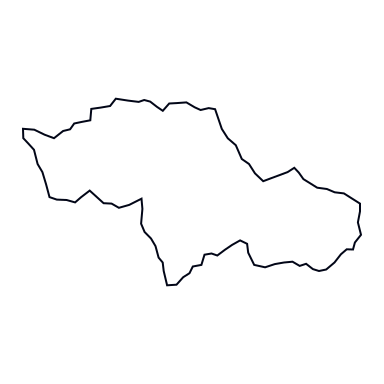 the district of Nova Luzitânia, São Paulo, Brazil
{"feature_id": "56859067B29244160161724", "entity_name": "Nova Luzitânia", "entity_type": "district", "adm_level": 2, "iso_a3": "BRA", "parent_name": "Brazil", "parent_adm1": "São Paulo", "projection": "equal_earth", "projection_center": [-50.251, -20.87], "detail": "fine", "context": "isolated", "style": "outline", "palette": "ink", "viewbox_px": 384, "rotation_deg": 0, "n_neighbors": 0, "source": "geoboundaries", "source_scale": "gbopen_adm2", "svg_char_len": 1315}
<svg xmlns="http://www.w3.org/2000/svg" viewBox="0 0 384 384"><path d="M115.8,98.7L110.1,106.0L100.6,107.6L91.3,108.9L90.3,120.3L81.8,121.9L74.2,123.5L70.1,129.3L63.1,131.0L54.0,138.2L44.6,134.7L34.3,129.7L23.0,128.8L23.3,138.2L28.1,143.3L34.0,149.8L37.6,164.0L42.4,172.1L46.1,184.4L49.5,197.1L56.8,199.6L66.6,200.0L75.1,202.4L81.2,197.1L89.7,190.6L103.6,203.2L111.6,203.6L118.9,207.8L129.2,204.9L141.5,198.7L142.4,208.9L141.1,223.7L144.6,232.0L151.0,238.5L155.5,246.1L158.6,257.6L162.7,262.5L163.7,271.0L167.1,285.3L176.5,284.7L183.2,277.2L189.5,273.2L192.8,266.5L201.4,264.9L204.5,254.7L211.5,253.5L217.3,255.5L224.9,249.8L232.1,244.9L240.1,240.4L247.1,243.8L248.2,252.7L254.2,264.9L265.1,267.3L274.8,264.1L284.0,262.5L292.5,261.7L299.7,265.9L306.1,263.8L312.9,269.1L319.0,271.0L326.2,269.5L334.5,262.5L340.9,254.3L346.7,249.3L353.0,249.5L354.9,242.5L361.0,234.8L357.9,222.4L360.0,211.4L360.0,203.6L343.9,193.4L334.7,192.3L326.9,189.0L317.2,187.7L303.4,179.1L298.8,172.6L294.3,167.8L287.6,172.1L271.7,178.0L263.2,181.2L255.0,173.4L249.0,164.0L241.8,159.0L235.8,145.2L227.8,138.3L221.8,128.9L215.1,109.2L208.7,108.1L200.6,110.0L194.7,107.3L186.4,102.4L176.5,103.1L169.2,103.5L162.8,110.8L156.9,106.8L150.2,101.6L144.2,100.0L138.7,101.9L128.1,100.6L115.8,98.7Z" fill="none" stroke="#020617" stroke-width="2"/></svg>